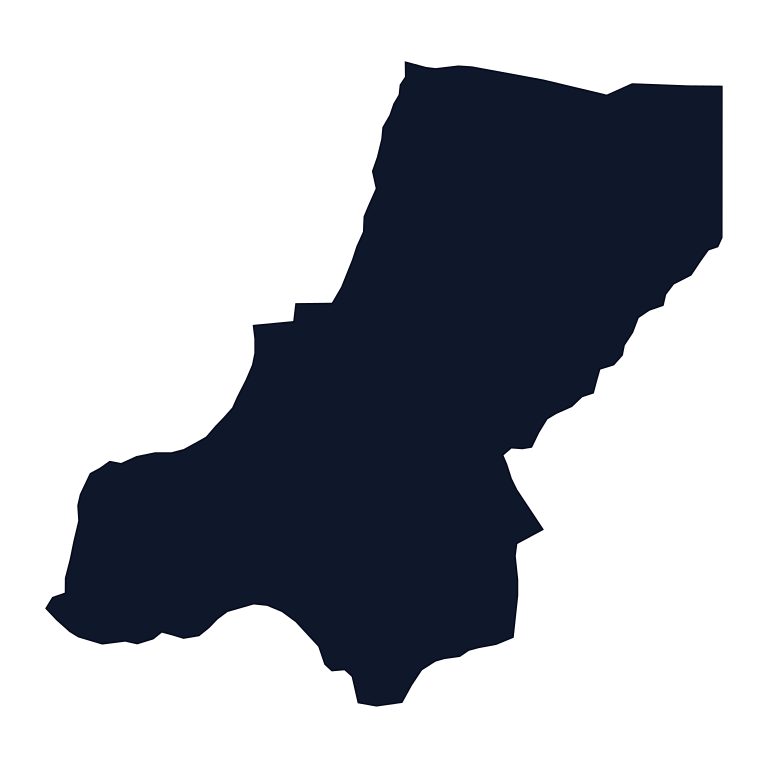 Mirador, Paraná, Brazil
{"feature_id": "56859067B94661520403732", "entity_name": "Mirador", "entity_type": "district", "adm_level": 2, "iso_a3": "BRA", "parent_name": "Brazil", "parent_adm1": "Paraná", "projection": "orthographic", "projection_center": [-52.761, -23.203], "detail": "fine", "context": "isolated", "style": "filled", "palette": "ink", "viewbox_px": 768, "rotation_deg": 0, "n_neighbors": 0, "source": "geoboundaries", "source_scale": "gbopen_adm2", "svg_char_len": 1628}
<svg xmlns="http://www.w3.org/2000/svg" viewBox="0 0 768 768"><path d="M46.1,608.4L57.1,620.0L69.9,631.4L78.5,636.7L102.3,643.8L125.2,640.9L137.2,643.6L153.1,638.7L161.7,631.8L173.1,634.9L183.6,638.1L198.9,635.5L209.0,627.3L217.3,618.7L227.2,611.3L253.6,603.7L267.2,605.1L282.1,611.3L295.9,621.4L318.9,646.3L325.0,664.2L331.9,670.6L344.7,669.5L352.3,676.3L358.3,702.6L376.5,705.8L401.9,702.2L411.4,684.9L421.5,669.7L435.3,660.9L444.4,658.3L459.7,656.2L468.6,650.1L478.7,647.4L496.0,644.2L513.0,637.2L517.5,595.4L517.5,579.8L515.0,556.0L516.6,543.5L542.8,529.4L516.6,489.9L511.2,478.9L506.5,464.3L502.6,455.1L511.2,447.7L522.4,448.5L531.5,447.0L538.5,432.5L546.9,418.8L556.0,413.3L571.7,406.3L581.8,396.6L593.2,392.8L596.2,381.4L599.7,369.0L613.6,364.7L622.2,355.0L624.1,345.1L632.5,332.3L638.1,317.5L649.0,310.1L663.0,305.2L665.5,294.3L673.4,283.9L690.9,274.9L700.4,260.7L708.2,249.8L717.7,246.6L721.8,237.5L721.9,86.4L687.9,86.1L632.2,84.0L606.8,95.4L543.1,80.2L471.9,67.1L458.5,66.2L435.6,68.9L425.9,67.7L405.5,62.2L405.7,77.0L400.4,85.0L399.4,94.9L394.0,104.0L390.1,115.4L383.1,127.4L382.0,139.2L377.7,157.0L372.7,171.3L376.5,188.6L368.8,205.9L364.3,216.7L363.7,231.9L357.1,246.5L352.7,260.0L341.8,287.2L332.3,303.5L296.0,303.9L293.9,321.8L253.5,325.6L255.1,338.7L255.1,353.3L252.7,365.1L246.2,380.3L237.6,397.2L232.8,408.0L223.8,418.1L215.9,426.3L206.4,437.3L195.0,443.7L183.9,449.8L171.5,453.0L155.2,453.0L136.6,456.8L121.2,463.8L109.8,461.6L99.9,468.6L90.4,473.7L80.5,494.6L78.0,505.6L79.0,520.8L74.0,541.9L70.5,559.2L65.6,578.2L65.5,593.2L52.7,597.6L46.1,608.4Z" fill="#0f172a" stroke="#020617" stroke-width="1.5"/></svg>